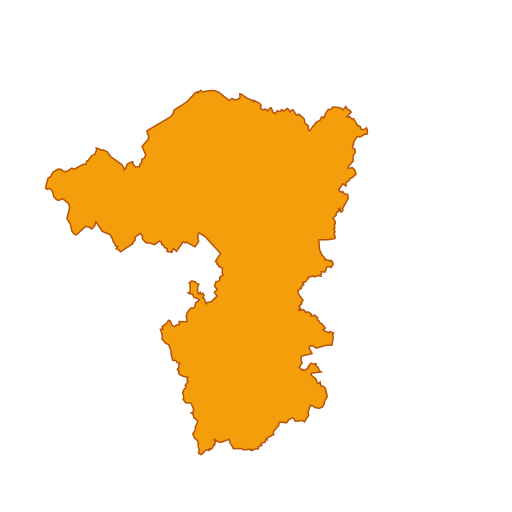 Cappamore-Kilmallock Lea-7, Limerick, Ireland, rotated 153°
{"feature_id": "5873133B39771401556272", "entity_name": "Cappamore-Kilmallock Lea-7", "entity_type": "district", "adm_level": 2, "iso_a3": "IRL", "parent_name": "Ireland", "parent_adm1": "Limerick", "projection": "mercator", "projection_center": [-8.418, 52.488], "detail": "fine", "context": "isolated", "style": "filled", "palette": "amber", "viewbox_px": 512, "rotation_deg": 153, "n_neighbors": 0, "source": "geoboundaries", "source_scale": "gbopen_adm2", "svg_char_len": 6127}
<svg xmlns="http://www.w3.org/2000/svg" viewBox="0 0 512 512"><g transform="rotate(153 256 256)"><path d="M396.8,106.5L395.2,103.9L392.0,104.5L391.1,105.7L388.1,105.6L385.7,103.9L385.1,104.2L385.2,105.3L382.6,104.3L380.1,106.5L378.3,106.4L378.1,107.9L376.1,109.1L376.8,111.2L376.0,111.7L374.2,107.8L371.9,105.9L363.1,104.9L364.0,100.9L363.4,96.7L363.7,94.6L356.0,90.9L355.7,89.5L352.8,87.8L349.6,86.9L348.8,85.2L348.0,85.9L347.6,84.5L344.0,84.5L341.7,83.0L341.0,84.7L336.8,84.8L336.8,86.2L335.9,86.6L332.3,86.0L330.6,88.1L329.4,87.1L329.0,88.7L321.0,89.0L321.0,90.6L320.1,91.7L312.3,94.9L312.2,96.3L310.0,97.2L304.5,93.5L300.8,95.3L297.1,95.5L296.2,94.1L296.0,90.8L289.2,88.4L288.2,86.2L281.4,90.2L280.6,93.0L275.3,98.4L272.7,95.7L272.7,94.6L268.8,91.6L265.6,91.3L262.7,93.0L260.0,96.3L256.6,98.1L255.3,101.9L255.6,102.9L254.7,103.8L254.9,105.1L254.1,106.2L255.5,109.8L257.1,110.7L256.1,114.6L257.8,113.8L259.0,115.2L258.5,119.4L260.8,124.4L260.6,125.7L259.4,126.3L250.6,123.1L251.5,124.8L251.4,128.7L252.4,131.3L251.4,132.9L253.9,133.6L255.8,135.6L260.2,133.4L260.1,132.5L265.1,132.0L265.8,133.7L267.2,134.0L267.8,137.5L263.5,139.6L263.1,142.7L261.3,146.2L250.4,143.6L250.4,150.3L248.1,151.2L246.0,150.0L244.3,146.7L234.1,144.6L228.8,142.1L224.1,148.4L223.8,150.4L221.8,152.3L224.8,155.3L226.1,154.4L229.8,159.7L226.9,160.4L228.3,166.0L229.6,168.0L229.4,169.9L230.4,171.2L229.0,173.4L230.4,174.9L230.3,176.6L233.9,177.3L233.2,179.2L233.9,179.5L233.8,181.2L235.7,183.0L237.2,182.9L237.9,186.7L242.3,187.6L242.3,188.9L240.2,188.4L240.3,192.0L238.3,192.1L236.5,193.1L236.7,194.3L234.2,195.1L235.3,201.8L234.7,206.0L230.2,206.6L229.7,208.3L226.4,208.7L226.5,211.3L224.0,210.5L219.3,212.4L218.8,213.5L213.8,212.0L213.5,210.8L209.4,210.3L207.2,208.5L207.3,209.9L205.9,210.3L205.0,212.3L201.6,210.3L198.2,214.0L195.7,213.6L194.3,211.6L190.9,213.7L191.1,215.1L190.4,215.7L191.3,218.4L192.8,218.2L193.9,219.9L196.3,221.0L195.4,221.7L196.8,227.2L196.5,232.9L192.7,241.9L184.1,237.7L178.0,235.8L177.0,236.5L176.1,240.8L174.6,241.6L174.3,245.1L173.1,245.1L171.7,248.9L170.8,248.7L169.8,250.4L170.2,254.9L165.9,256.1L164.5,258.3L161.9,258.3L160.4,260.7L159.6,260.3L160.5,257.3L160.2,256.4L158.0,257.1L157.1,259.1L147.5,265.6L146.4,269.2L149.0,271.1L149.5,274.1L150.8,273.8L152.4,276.4L152.0,277.5L145.9,281.0L144.0,277.6L142.7,280.4L137.9,281.3L137.2,282.5L135.0,282.1L129.7,283.5L128.9,287.9L130.0,290.9L134.2,292.2L132.5,294.2L126.3,296.5L124.4,300.7L120.2,303.5L120.3,304.6L119.3,305.8L120.6,308.1L120.5,309.7L118.0,311.5L117.6,312.9L111.7,316.5L109.2,314.8L103.4,315.1L101.8,314.1L99.8,316.9L99.3,320.0L102.3,319.5L104.6,321.1L105.2,322.2L104.4,322.7L104.4,324.0L106.2,326.5L106.7,333.8L108.8,335.2L109.0,337.3L111.7,338.8L105.9,341.0L106.3,343.0L108.1,345.8L108.1,348.4L112.2,346.7L113.4,349.6L118.6,353.2L119.8,353.8L122.8,352.6L125.2,353.8L129.4,351.4L132.7,348.2L134.3,350.2L137.3,347.9L142.0,347.7L151.5,343.2L151.9,345.1L150.3,348.3L152.1,352.3L150.8,356.3L153.4,363.1L154.6,362.6L156.1,363.6L156.8,369.8L160.5,368.9L160.2,371.0L161.0,373.2L165.8,372.6L166.8,374.9L168.8,373.6L171.2,375.8L174.2,374.0L176.0,377.1L175.4,377.8L175.2,381.0L175.9,381.6L179.7,380.1L180.9,382.8L183.1,382.8L185.3,385.5L183.0,388.0L183.5,390.2L187.2,395.6L188.1,394.4L189.2,397.1L192.4,400.6L195.5,406.8L196.9,407.8L198.4,404.2L200.3,403.9L203.5,404.4L206.0,407.4L209.2,406.5L214.8,418.8L217.2,421.6L221.3,424.1L229.0,426.5L230.2,428.8L233.6,427.7L233.6,429.0L236.1,428.9L247.7,424.7L263.1,423.1L264.0,421.5L268.4,418.8L296.2,417.1L297.2,414.2L297.1,411.9L298.8,409.1L307.8,405.3L308.3,396.1L311.0,393.9L313.5,394.1L315.5,391.3L318.4,390.1L319.2,388.4L323.0,390.0L323.9,394.0L323.0,395.9L324.5,396.4L329.1,396.3L332.7,392.9L334.4,392.7L333.7,394.5L334.2,398.6L340.2,410.2L341.5,416.9L344.6,420.3L346.1,420.7L347.1,422.7L349.3,424.7L349.7,423.1L353.2,419.9L357.4,419.8L362.3,417.3L364.0,417.4L365.8,415.0L368.4,416.1L377.8,415.9L379.8,416.8L380.0,417.9L386.9,417.2L389.7,419.8L390.3,421.7L392.8,423.3L399.1,422.8L402.5,420.2L406.3,419.5L412.7,412.0L411.6,410.0L409.8,410.1L408.3,408.2L408.2,404.8L409.2,401.0L408.4,397.2L406.7,395.2L402.2,394.7L399.2,387.6L400.1,383.6L407.5,375.2L406.9,369.2L408.7,362.0L408.4,359.1L406.8,356.4L394.3,359.7L390.7,356.8L390.7,355.0L389.0,354.8L385.7,356.4L383.1,359.2L381.8,347.7L376.2,341.3L376.2,335.7L376.8,333.5L376.1,331.6L376.8,328.9L374.7,327.2L377.3,326.0L375.3,323.4L375.0,321.2L360.2,322.9L360.2,323.7L356.5,325.0L355.2,327.6L348.8,328.8L348.3,325.2L349.4,322.6L348.1,317.8L344.6,315.7L341.4,312.2L335.1,313.2L334.2,311.5L334.7,309.0L333.6,307.1L333.5,304.9L331.7,302.8L333.2,300.4L329.5,297.8L329.9,296.9L326.4,300.4L324.7,296.2L314.3,301.8L313.2,300.0L311.6,299.8L306.2,291.9L300.5,295.0L299.1,300.1L296.2,302.5L292.5,296.1L286.4,274.4L294.7,269.6L293.6,267.4L294.5,266.7L293.7,265.0L293.9,263.4L291.4,260.4L293.9,256.1L293.8,254.4L298.1,253.5L299.2,251.0L300.6,250.4L303.2,251.4L306.2,248.7L306.5,246.7L305.5,244.0L309.7,242.4L308.8,238.1L309.6,237.7L317.0,235.6L320.0,236.7L322.1,236.0L321.5,241.2L322.3,243.1L320.1,244.3L320.3,247.0L322.0,246.7L322.2,249.0L324.5,248.1L324.3,250.4L322.1,254.8L319.7,256.8L320.8,257.6L322.2,261.1L324.9,263.0L327.8,262.3L327.6,260.8L330.1,255.7L331.5,253.6L333.1,254.0L332.4,252.4L330.0,251.0L330.0,247.1L326.9,244.1L326.7,242.3L331.0,241.7L334.3,237.8L338.0,239.3L342.9,236.8L345.3,234.4L347.2,228.7L354.3,232.5L355.7,229.5L357.8,230.6L360.8,230.1L362.2,232.5L362.0,237.4L363.2,238.5L365.9,236.7L371.6,235.7L372.1,233.3L374.5,234.1L375.2,229.0L376.3,225.8L377.4,225.1L376.2,219.3L374.1,216.9L374.6,210.3L376.3,206.6L377.6,200.8L375.0,199.5L374.7,197.0L372.6,194.9L373.8,194.4L375.7,191.5L377.1,191.2L377.6,189.8L376.7,189.2L376.9,188.0L378.3,186.8L377.6,184.6L375.3,181.7L371.6,178.6L372.7,178.3L373.9,176.1L373.6,175.1L378.0,172.7L377.7,171.3L378.5,170.3L380.7,169.9L383.4,167.5L384.5,162.6L386.0,161.6L385.3,157.1L380.8,154.7L381.0,148.3L382.8,145.5L385.0,145.6L384.0,144.3L384.6,139.5L382.8,136.0L383.8,134.2L387.8,131.2L388.8,128.7L393.1,126.2L393.4,121.8L391.8,117.3L394.3,111.5L394.3,109.5L396.8,106.5Z" fill="#f59e0b" stroke="#b45309" stroke-width="1.5"/></g></svg>